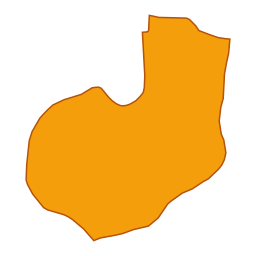 San Antonio Sacatepéquez, San Marcos, Guatemala
{"feature_id": "79465075B59585261586559", "entity_name": "San Antonio Sacatepéquez", "entity_type": "district", "adm_level": 2, "iso_a3": "GTM", "parent_name": "Guatemala", "parent_adm1": "San Marcos", "projection": "albers", "projection_center": [-91.709, 14.966], "detail": "fine", "context": "isolated", "style": "filled", "palette": "amber", "viewbox_px": 256, "rotation_deg": 0, "n_neighbors": 0, "source": "geoboundaries", "source_scale": "gbopen_adm2", "svg_char_len": 1025}
<svg xmlns="http://www.w3.org/2000/svg" viewBox="0 0 256 256"><path d="M221.3,134.3L219.2,121.1L220.8,107.3L223.2,98.5L224.5,73.8L226.5,62.9L228.6,53.4L229.9,39.1L224.8,38.6L218.1,37.6L209.2,34.5L202.9,32.1L198.9,30.6L195.8,25.9L189.5,19.5L186.4,18.1L158.8,17.4L153.5,16.2L149.3,15.4L148.6,30.4L147.6,31.8L142.4,32.3L144.8,75.7L144.3,87.5L143.3,92.3L141.1,95.3L138.5,98.1L135.9,100.7L133.6,102.1L130.0,104.1L126.7,105.3L123.0,105.9L120.2,105.5L116.4,103.8L112.6,101.1L109.1,97.8L101.3,88.3L98.8,87.2L95.4,87.3L92.1,87.8L81.3,94.4L64.1,99.7L52.9,105.0L47.8,109.7L43.8,113.8L39.9,118.1L32.1,131.6L29.2,140.9L26.7,164.8L26.1,180.0L27.7,184.9L32.7,194.1L43.5,207.5L47.8,210.0L62.3,214.2L65.0,215.2L68.4,216.9L72.7,219.7L83.8,229.1L89.0,235.1L93.8,240.6L100.2,238.0L115.8,235.1L122.4,233.6L133.8,229.5L148.4,226.1L158.3,217.8L167.6,204.1L170.8,201.3L182.1,193.2L192.4,188.8L203.1,181.7L208.3,178.9L218.5,169.2L221.9,164.8L224.3,159.8L225.9,152.8L223.8,140.0L221.3,134.3Z" fill="#f59e0b" stroke="#b45309" stroke-width="1.5"/></svg>